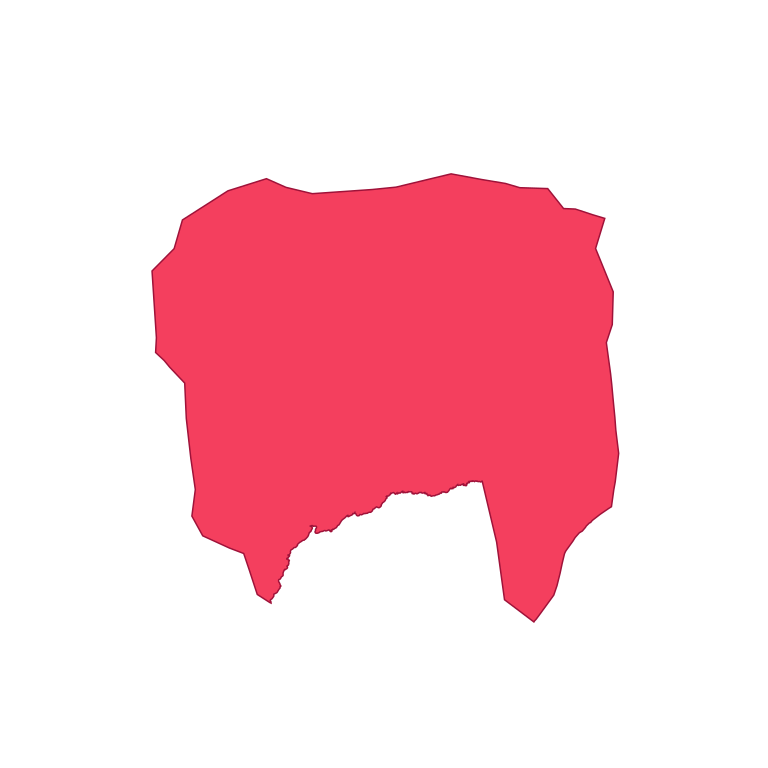 the district of Dashbalbar, Dornod, Mongolia, rotated 115°
{"feature_id": "93677404B44284139751504", "entity_name": "Dashbalbar", "entity_type": "district", "adm_level": 2, "iso_a3": "MNG", "parent_name": "Mongolia", "parent_adm1": "Dornod", "projection": "natural_earth1", "projection_center": [114.612, 49.67], "detail": "fine", "context": "isolated", "style": "filled", "palette": "rose", "viewbox_px": 768, "rotation_deg": 115, "n_neighbors": 0, "source": "geoboundaries", "source_scale": "gbopen_adm2", "svg_char_len": 6123}
<svg xmlns="http://www.w3.org/2000/svg" viewBox="0 0 768 768"><g transform="rotate(115 384 384)"><path d="M320.5,636.0L350.0,631.4L379.6,642.0L438.3,609.8L452.0,604.3L455.6,593.2L459.4,585.2L467.4,565.0L498.8,548.6L532.8,527.8L559.4,510.4L584.9,502.3L598.2,484.1L598.0,454.7L596.9,439.5L609.6,427.4L628.3,409.9L630.3,395.3L630.3,393.8L629.2,394.4L628.2,395.7L627.1,395.5L626.3,394.9L625.7,394.7L623.1,394.2L622.6,394.3L621.1,395.0L620.8,394.9L620.2,394.3L618.7,393.1L618.0,392.8L614.8,392.5L612.8,392.0L611.8,392.5L611.1,392.1L610.7,392.1L610.2,392.6L610.0,393.2L608.9,394.1L607.6,395.9L607.2,396.2L606.2,396.7L605.6,396.6L604.9,395.8L604.0,395.5L602.2,395.5L601.4,395.0L600.5,394.6L600.0,394.6L598.2,395.5L597.3,395.7L594.4,395.8L594.1,395.7L594.2,395.2L593.3,394.7L592.7,394.2L592.3,394.0L591.4,393.8L590.7,394.1L590.1,395.0L589.2,394.6L588.7,394.2L588.1,394.1L587.7,394.4L586.9,394.4L586.6,394.5L585.4,395.3L584.2,395.1L583.7,395.6L583.8,395.8L584.0,396.0L584.0,396.3L583.4,396.9L583.3,397.1L583.4,397.4L583.8,397.9L583.7,398.2L583.5,398.3L582.9,398.2L582.4,397.5L582.0,397.4L581.2,397.6L580.9,397.2L580.6,397.1L579.5,397.0L579.3,397.3L579.3,397.6L579.7,398.4L579.6,398.7L579.4,398.6L578.6,397.6L577.4,397.5L576.9,397.4L576.4,397.4L575.3,398.1L574.2,398.2L573.5,398.1L572.2,397.1L570.5,396.5L570.1,396.1L569.8,395.5L569.3,395.0L567.0,394.2L566.1,394.6L564.9,394.2L562.8,393.3L562.5,392.9L560.4,391.7L559.8,391.3L559.3,390.4L559.1,390.3L558.2,390.0L558.0,389.7L556.9,389.3L554.6,388.6L553.1,388.5L552.3,388.7L551.4,388.7L550.4,388.9L549.8,388.7L549.1,388.2L548.4,388.1L548.1,387.9L546.7,388.1L545.7,387.9L544.9,388.0L544.5,388.4L544.0,389.1L543.9,390.1L544.1,391.4L543.7,390.5L543.3,390.1L543.0,389.9L542.5,388.8L542.5,388.6L542.8,388.0L542.7,387.6L542.3,387.2L541.7,385.9L541.6,385.4L541.7,385.1L542.0,384.7L543.1,384.4L544.4,384.6L544.8,384.6L545.7,384.1L547.0,384.1L547.6,383.7L548.0,383.0L547.7,381.9L547.3,381.2L546.3,380.1L545.3,379.7L544.0,378.2L543.5,377.3L542.2,376.3L541.8,375.7L541.7,375.4L541.8,374.7L541.2,373.9L540.3,373.0L539.7,372.6L539.5,372.2L540.2,370.6L540.3,369.7L540.0,369.4L539.7,369.1L539.3,369.1L539.0,369.3L538.9,369.9L538.8,370.1L538.6,370.0L538.5,369.4L538.2,369.2L537.6,369.2L537.2,369.0L537.1,368.2L536.0,367.8L534.5,366.6L533.8,366.4L531.9,366.2L530.7,365.3L530.0,365.2L526.3,364.8L524.7,364.4L521.6,362.8L519.3,362.0L518.6,361.6L518.3,361.2L518.5,361.0L519.1,360.9L519.4,360.7L519.4,360.4L519.1,360.0L517.9,359.2L516.1,357.6L515.2,357.4L514.6,357.5L514.4,357.4L514.4,356.7L514.2,356.4L512.7,356.1L513.4,355.5L513.7,354.3L514.2,353.9L514.5,353.4L514.7,352.6L514.6,352.1L513.9,351.0L512.4,350.6L512.1,349.2L511.2,348.3L509.8,347.5L509.7,347.1L509.7,346.8L509.6,346.5L508.8,345.7L508.5,344.9L508.2,344.5L507.2,343.9L506.3,342.9L506.1,342.2L505.8,341.8L505.1,341.4L503.7,340.9L502.7,341.1L502.0,341.0L501.6,340.4L498.9,339.1L498.5,338.8L498.5,337.3L498.3,336.3L497.9,335.9L496.8,335.3L495.6,335.0L495.2,335.1L494.9,335.4L494.4,335.4L492.8,335.1L492.5,335.2L492.2,335.1L491.2,334.4L489.4,333.7L487.4,333.7L486.7,333.6L485.9,333.1L485.6,333.4L485.1,334.4L484.7,334.3L484.2,333.9L484.1,333.6L484.1,333.2L483.2,332.3L482.6,332.3L481.9,331.7L480.4,331.8L480.5,331.3L479.2,330.6L479.1,330.3L478.4,329.6L478.3,329.2L478.8,328.2L479.0,327.0L478.8,326.8L478.2,326.7L478.1,326.4L477.3,326.2L477.9,325.7L477.8,325.2L477.1,325.1L476.7,324.6L476.2,324.4L476.2,323.4L475.4,322.9L475.1,322.9L474.6,322.5L473.8,322.3L473.5,322.1L473.3,321.7L473.8,321.5L474.2,321.2L474.5,321.0L474.5,320.7L474.4,320.5L473.7,320.3L473.4,320.1L473.7,319.2L473.5,318.8L472.9,318.1L472.3,316.7L472.1,316.6L471.5,316.7L471.2,316.5L471.2,315.9L470.5,314.7L470.4,314.0L470.0,313.4L470.5,312.8L471.4,312.2L471.4,311.9L471.3,311.7L470.8,311.6L470.7,311.4L471.1,310.6L471.1,310.3L470.1,309.8L469.6,309.0L469.7,308.4L469.5,307.6L468.8,307.0L468.5,306.9L468.1,306.4L467.6,306.3L467.1,305.8L466.9,305.4L466.9,304.8L466.5,304.4L466.8,303.6L466.7,303.2L466.3,302.5L465.9,302.0L465.8,301.6L465.2,301.4L465.1,301.2L465.6,301.1L466.0,300.6L466.1,300.3L465.4,299.8L465.7,299.1L465.3,298.8L466.1,298.0L466.1,297.5L466.6,297.0L466.5,296.8L465.9,296.6L465.8,296.4L465.8,295.8L465.3,295.2L465.6,294.5L465.8,293.8L464.3,291.9L464.1,291.3L463.8,290.7L462.9,290.2L462.0,289.1L461.4,288.4L460.9,288.2L460.6,287.6L460.1,287.2L459.0,286.9L458.8,286.0L458.4,285.8L457.7,285.9L457.4,285.9L457.3,285.6L456.8,284.8L456.6,284.6L456.7,284.0L456.5,283.7L456.2,283.5L456.3,282.7L456.2,282.4L456.2,282.0L456.0,281.7L455.2,280.7L454.3,280.5L453.5,280.2L451.3,279.9L450.6,279.7L450.4,279.5L450.5,278.7L449.7,278.3L449.8,277.7L449.8,277.4L449.2,277.3L448.4,277.5L448.4,277.4L448.5,276.9L448.4,276.7L447.6,276.0L446.7,275.4L445.6,275.4L444.1,274.7L444.4,274.5L444.6,273.9L443.7,272.9L443.5,272.0L443.2,271.7L442.6,271.5L441.6,270.5L441.8,270.0L441.7,269.7L441.0,269.7L441.0,269.3L441.1,269.2L441.4,269.4L442.0,269.5L442.3,269.2L442.0,268.8L441.8,267.8L441.3,267.4L441.6,266.8L441.4,266.5L440.4,266.3L440.1,266.5L440.0,266.8L439.5,266.8L439.1,267.0L439.0,266.9L438.8,266.3L437.7,266.0L437.3,266.1L437.1,266.0L437.6,265.4L437.6,265.2L437.3,265.0L437.0,265.0L436.6,265.6L436.3,265.7L436.2,265.5L436.2,265.1L435.6,264.5L435.4,263.7L434.8,263.4L434.6,263.2L434.8,262.6L434.6,262.4L434.2,262.3L434.1,262.1L434.2,260.7L433.3,260.3L433.2,260.0L433.1,259.2L432.6,258.8L432.8,258.2L432.6,257.2L432.1,256.6L432.0,256.4L432.0,255.2L431.8,254.8L430.8,254.3L430.6,253.9L479.7,215.1L528.6,183.6L536.3,147.6L535.0,147.4L532.9,146.7L528.1,145.7L503.6,140.9L493.6,142.0L480.8,144.5L471.3,146.7L462.5,148.5L461.4,148.7L459.1,148.7L458.1,148.6L446.7,146.4L442.4,145.9L436.3,144.1L433.4,142.1L428.7,140.8L427.3,140.7L423.1,139.1L422.2,138.2L419.7,137.6L410.7,133.0L401.9,127.8L399.1,126.0L382.9,131.0L374.9,133.1L347.7,142.0L328.0,154.3L316.6,160.7L300.5,170.2L288.5,177.2L278.9,183.0L252.5,200.0L233.7,202.2L203.6,215.2L171.8,249.5L140.6,253.9L142.4,266.3L144.6,284.6L149.1,295.4L137.7,318.2L148.7,343.9L150.9,358.6L157.5,382.3L165.2,412.0L200.5,456.3L212.8,477.0L241.8,529.4L247.2,555.9L247.6,577.3L274.9,607.1L320.5,636.0Z" fill="#f43f5e" stroke="#9f1239" stroke-width="1.5"/></g></svg>